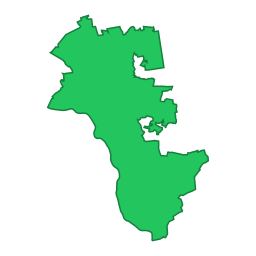 outline of Salgales pag., Ozolnieku, Latvia
{"feature_id": "27541924B82271336791843", "entity_name": "Salgales pag.", "entity_type": "district", "adm_level": 2, "iso_a3": "LVA", "parent_name": "Latvia", "parent_adm1": "Ozolnieku", "projection": "orthographic", "projection_center": [24.01, 56.604], "detail": "fine", "context": "isolated", "style": "filled", "palette": "green", "viewbox_px": 256, "rotation_deg": 0, "n_neighbors": 0, "source": "geoboundaries", "source_scale": "gbopen_adm2", "svg_char_len": 5738}
<svg xmlns="http://www.w3.org/2000/svg" viewBox="0 0 256 256"><path d="M47.7,107.4L48.5,107.9L50.0,108.5L52.5,109.1L55.5,109.6L63.0,110.4L66.1,110.1L70.1,109.0L71.4,108.9L72.7,109.2L74.1,110.2L76.1,112.3L77.6,113.0L80.0,113.4L83.6,113.1L85.3,113.2L86.8,113.8L88.0,114.7L89.5,116.3L92.2,120.4L94.2,123.8L95.3,126.1L95.5,127.7L95.4,128.7L94.6,130.3L94.1,132.0L94.0,133.1L94.0,133.9L94.2,135.0L94.4,135.9L94.7,136.6L95.2,137.3L95.8,137.8L96.5,138.2L97.4,138.4L100.2,138.3L101.1,138.7L103.0,140.0L105.1,142.1L107.3,146.0L108.5,147.6L109.2,149.0L110.2,152.4L110.8,154.9L110.9,156.3L110.7,157.6L110.7,159.6L111.3,161.8L112.1,163.5L112.8,164.8L114.0,166.4L116.4,168.0L117.6,169.0L118.3,170.1L118.7,170.9L119.3,173.1L119.5,174.8L119.5,175.5L119.5,177.2L119.2,178.3L118.7,179.1L117.8,180.1L117.1,181.7L116.9,183.2L116.8,186.2L116.8,189.8L116.6,190.7L116.2,192.3L116.1,193.1L116.4,194.7L116.6,195.5L117.6,198.5L117.8,199.0L119.1,204.9L120.7,211.0L121.0,211.7L122.6,214.2L123.7,217.6L124.0,218.2L124.4,218.9L125.3,219.8L126.4,220.5L129.3,221.6L131.6,223.4L135.6,226.2L139.2,229.5L140.1,230.0L141.2,230.4L142.2,230.6L145.1,230.5L148.2,230.9L150.0,231.6L151.3,232.4L151.7,232.8L152.1,234.4L152.2,238.4L152.1,240.2L152.5,240.6L160.1,239.0L160.7,238.6L162.5,237.7L163.3,236.8L163.5,237.2L165.5,237.6L167.5,233.9L167.0,225.9L169.1,221.6L173.8,219.4L173.2,216.4L180.0,212.1L181.6,211.6L181.9,211.7L182.0,211.0L182.4,210.7L180.8,207.6L181.7,206.7L182.6,204.8L181.2,199.8L180.8,199.2L178.3,198.2L178.4,197.7L179.8,196.0L179.7,195.9L180.9,195.0L182.9,195.5L187.5,192.9L192.3,191.0L195.5,189.3L194.4,177.0L198.3,171.9L200.1,169.8L199.3,169.1L199.8,168.2L202.0,164.7L203.6,163.1L205.4,162.7L208.3,160.8L208.0,157.1L207.8,156.5L205.4,154.3L204.3,150.1L201.7,150.5L200.2,151.1L200.2,151.3L197.8,152.2L197.7,150.4L196.6,150.8L196.7,151.1L191.8,152.2L190.0,153.0L188.0,152.8L187.2,154.8L186.0,154.7L183.7,154.9L172.1,152.3L169.3,152.6L168.8,152.1L167.9,152.2L166.8,156.1L161.1,155.6L160.7,155.2L159.8,152.8L158.6,148.7L158.7,143.7L158.6,141.1L155.2,140.7L154.8,140.5L149.9,141.2L149.0,141.1L147.4,141.5L146.2,141.4L144.3,140.8L143.7,138.7L142.3,136.1L142.1,135.9L141.1,135.7L142.4,135.3L144.2,132.7L144.4,132.2L144.0,131.6L143.2,131.5L142.9,131.0L141.9,130.2L140.6,125.0L138.1,121.8L137.6,119.5L139.3,120.0L140.4,119.1L140.5,118.2L142.5,117.3L143.1,117.8L145.3,117.5L146.2,116.9L146.8,116.0L147.7,115.9L148.3,116.3L150.6,116.7L152.1,117.3L152.9,117.9L153.1,118.8L153.0,119.2L153.0,120.6L150.9,121.3L149.8,123.7L149.9,123.9L151.5,124.1L151.4,124.4L152.4,124.6L151.7,125.7L149.6,125.3L149.5,126.6L145.8,126.5L144.5,126.3L144.1,127.5L149.4,128.9L148.9,131.4L149.6,131.9L153.0,131.4L154.5,129.9L156.9,131.6L156.8,134.5L157.0,134.6L158.4,134.5L158.1,133.8L158.5,133.5L159.1,132.6L160.1,132.0L160.0,131.8L162.0,130.0L162.4,129.3L162.2,127.6L160.1,127.1L155.5,124.5L155.6,123.7L155.7,122.6L157.0,123.1L159.1,123.4L160.8,122.7L163.2,120.0L163.6,122.6L162.7,122.6L162.0,123.7L162.0,125.2L162.6,125.2L162.6,125.4L165.0,126.2L165.3,127.2L165.6,127.4L166.0,127.0L166.1,125.8L167.6,124.1L167.6,123.6L169.7,122.8L170.5,122.7L171.8,122.8L173.1,123.4L173.4,123.0L175.4,123.4L175.8,122.2L176.2,122.3L176.3,120.7L176.3,120.0L175.4,117.7L175.5,117.4L175.6,116.0L175.2,114.2L175.0,112.9L175.2,112.3L176.9,112.2L177.0,111.8L176.2,109.5L176.5,107.4L176.7,105.1L176.3,104.8L176.2,104.4L175.1,104.3L173.3,103.7L173.0,103.0L173.1,102.6L173.1,102.1L172.8,101.5L172.9,100.1L172.3,99.9L166.4,98.8L165.2,99.9L164.8,100.1L164.6,101.1L164.3,101.7L164.1,101.8L161.1,101.3L160.4,101.1L160.3,100.8L160.7,98.3L161.9,94.9L162.1,93.0L162.3,92.8L162.1,92.3L162.2,91.3L163.3,91.3L167.6,90.8L169.7,89.5L170.4,89.5L171.2,89.9L172.5,86.5L166.9,86.6L162.8,86.3L153.2,86.2L154.0,82.3L154.4,79.4L153.2,79.1L153.3,78.5L151.6,78.3L151.6,78.6L149.0,78.6L145.9,79.4L144.0,79.4L144.1,78.8L142.1,78.9L139.2,78.1L139.3,77.5L138.5,77.3L134.8,77.1L135.8,76.1L135.7,75.9L134.0,75.7L133.5,75.1L134.0,74.6L133.9,74.2L134.5,74.1L134.6,73.6L134.6,73.2L134.2,72.4L133.5,71.9L135.0,69.3L133.1,65.6L133.4,64.4L133.3,63.9L132.8,63.1L132.5,62.8L134.2,61.5L133.2,59.3L133.3,59.1L132.6,58.6L134.3,52.8L135.9,55.1L136.6,54.7L137.8,57.0L143.3,56.1L143.8,58.1L143.6,60.2L146.9,60.6L147.0,62.5L143.3,60.6L142.3,62.4L140.4,65.2L143.7,66.6L144.7,65.6L145.4,70.1L145.5,70.1L149.1,69.9L163.9,67.6L162.2,56.1L160.6,46.1L158.3,31.0L154.2,31.6L154.1,30.7L152.8,30.9L152.8,30.5L152.9,30.2L154.1,29.4L154.0,28.6L153.4,27.1L153.0,27.5L143.5,26.5L144.0,29.7L143.0,29.8L142.7,30.4L140.9,30.7L140.3,28.3L139.8,28.4L138.8,29.6L138.6,30.1L138.0,30.4L136.8,30.2L135.0,30.3L134.6,28.0L133.2,26.6L130.9,27.2L128.5,30.0L127.3,32.2L126.7,32.2L124.9,34.4L125.0,34.5L123.5,34.9L122.8,33.5L122.5,31.8L121.6,30.8L120.5,28.8L120.2,27.9L119.7,27.0L119.7,26.6L107.0,28.9L107.2,30.5L107.9,31.0L108.2,32.1L107.3,31.2L104.8,30.6L101.5,30.3L101.7,32.0L102.6,32.0L103.0,34.9L98.1,35.5L95.4,26.5L92.6,26.9L91.6,19.1L90.8,18.9L89.8,19.1L87.5,18.9L87.1,18.8L86.8,18.4L86.5,18.3L88.5,16.1L88.4,15.4L82.8,17.2L82.4,17.2L82.4,17.7L81.4,18.0L80.8,17.9L81.2,20.2L77.3,22.1L78.8,24.7L80.0,25.5L80.5,26.3L79.9,27.6L66.0,34.6L58.1,44.2L58.2,47.3L55.9,46.9L52.6,50.8L52.4,51.2L52.3,51.8L51.8,51.6L51.7,51.6L50.3,52.7L62.7,60.0L64.0,61.2L63.9,61.2L64.4,61.8L65.2,63.0L65.1,63.3L65.3,63.9L66.2,64.8L68.4,66.7L69.5,66.5L70.0,66.8L70.3,67.2L70.2,67.7L71.1,68.4L71.3,69.2L72.1,69.8L72.3,70.1L72.1,70.4L72.6,72.4L72.6,72.6L71.2,72.8L65.7,73.4L65.5,73.6L65.5,73.9L62.8,73.5L63.2,74.0L63.8,76.2L63.9,80.8L63.3,81.2L62.6,80.6L62.6,80.0L62.2,79.8L61.4,79.9L61.4,80.3L60.4,81.1L60.9,82.9L63.0,86.8L61.3,87.8L61.0,88.3L60.5,89.8L59.6,90.7L58.3,91.5L58.2,91.8L55.7,93.1L52.3,96.6L52.9,97.1L53.3,98.0L53.0,98.4L51.9,98.5L47.7,107.4Z" fill="#22c55e" stroke="#15803d" stroke-width="1.5"/></svg>